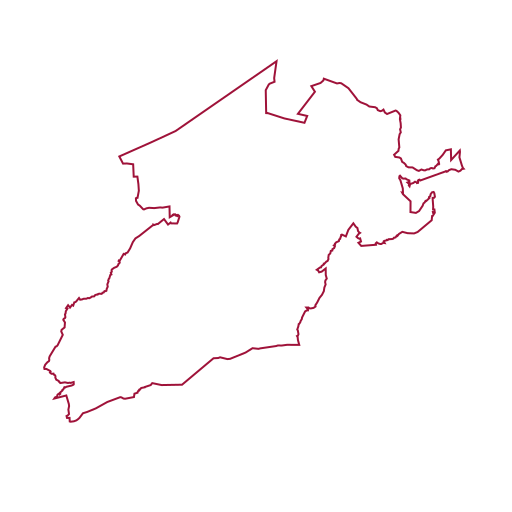 the district of Tula de Allende, Hidalgo, Mexico, rotated 280°
{"feature_id": "50627088B26454050476732", "entity_name": "Tula de Allende", "entity_type": "district", "adm_level": 2, "iso_a3": "MEX", "parent_name": "Mexico", "parent_adm1": "Hidalgo", "projection": "orthographic", "projection_center": [-99.373, 20.05], "detail": "fine", "context": "isolated", "style": "outline", "palette": "rose", "viewbox_px": 512, "rotation_deg": 280, "n_neighbors": 0, "source": "geoboundaries", "source_scale": "gbopen_adm2", "svg_char_len": 6028}
<svg xmlns="http://www.w3.org/2000/svg" viewBox="0 0 512 512"><g transform="rotate(280 256 256)"><path d="M107.4,169.3L107.7,169.3L110.6,174.7L112.8,175.9L112.5,185.4L116.4,205.5L147.9,231.9L149.0,236.6L150.0,238.2L149.5,245.7L150.2,248.3L159.1,262.5L164.6,268.6L165.0,274.6L165.8,276.3L170.8,291.4L171.7,293.1L172.3,296.9L173.9,301.9L176.0,314.0L180.5,311.9L183.4,311.1L184.3,310.3L184.9,311.1L186.4,311.4L190.0,310.1L190.7,309.4L194.0,309.9L196.4,309.9L196.6,310.3L198.4,311.1L199.6,311.2L202.0,312.1L203.3,312.0L210.0,314.0L211.3,315.6L211.5,316.6L212.5,316.4L214.0,314.6L214.4,316.6L213.7,318.0L213.9,319.1L214.9,321.7L216.6,323.4L217.8,323.0L220.8,324.3L225.8,325.8L229.2,327.7L233.1,328.9L236.9,328.8L240.0,329.5L242.3,328.6L244.0,328.6L246.0,329.6L249.4,328.0L255.8,326.8L252.0,323.4L250.9,321.0L252.5,319.7L253.0,318.3L255.8,321.0L256.1,322.0L257.5,322.3L259.4,324.2L260.2,324.1L260.3,324.7L262.8,326.3L263.4,327.3L265.6,327.9L266.7,327.5L269.7,327.4L271.4,328.7L274.0,328.8L274.6,330.2L276.0,330.1L277.4,331.6L279.3,332.0L280.0,330.9L280.9,331.9L281.8,331.6L283.5,332.7L285.0,335.0L286.8,335.1L287.5,335.9L289.3,336.0L290.0,336.4L291.5,336.2L292.0,336.9L290.9,341.1L297.8,342.4L305.1,346.2L302.2,349.1L301.2,351.0L298.4,352.1L297.2,353.4L296.8,354.4L295.7,353.3L292.4,351.6L291.3,353.4L291.0,354.8L291.4,355.5L288.5,356.9L286.8,354.6L284.2,357.9L287.9,372.2L289.2,371.7L290.4,372.6L289.6,374.3L289.4,376.2L289.6,377.3L291.1,379.1L291.1,380.4L292.6,379.2L293.1,379.6L294.3,382.3L294.7,382.2L295.1,383.6L295.6,383.8L296.3,387.0L297.0,388.3L298.0,388.7L298.5,390.2L300.6,391.1L301.1,391.7L300.7,392.0L302.6,393.0L305.2,395.9L304.8,401.4L305.7,407.8L307.7,411.0L321.7,422.8L325.9,422.5L326.0,423.0L328.6,424.1L329.0,423.0L330.0,422.6L330.2,424.4L332.8,423.6L332.6,422.3L335.6,421.9L342.7,420.1L343.9,419.9L344.3,421.3L345.4,421.9L348.8,420.7L349.9,419.8L349.3,418.3L347.1,417.2L345.3,417.3L344.2,416.2L343.6,416.2L343.2,416.7L339.6,414.0L339.7,413.4L338.0,412.8L336.9,411.8L334.5,411.4L328.6,408.8L326.2,406.0L326.1,400.5L336.7,398.7L342.4,390.0L343.7,389.0L343.6,389.8L348.1,388.8L355.6,385.1L357.5,383.5L359.5,383.4L360.1,383.9L357.9,386.6L357.8,387.8L358.3,389.9L357.7,390.8L357.0,393.9L355.8,394.2L355.9,393.6L355.3,393.4L354.7,392.4L354.2,393.2L354.7,394.3L354.4,394.5L352.1,394.2L351.3,395.1L353.6,395.3L355.2,398.2L356.8,399.7L356.3,401.7L355.8,401.9L356.2,402.9L357.8,402.8L358.2,402.4L359.1,402.8L359.6,403.8L358.9,404.7L372.2,427.9L372.1,428.7L372.6,428.7L372.5,430.0L374.1,431.2L375.4,433.3L375.5,437.3L374.3,440.7L375.5,442.5L377.4,443.7L378.0,445.3L378.7,444.4L381.0,443.0L388.5,439.2L393.9,438.8L395.3,438.4L384.4,431.5L394.9,429.4L393.0,424.6L388.0,422.3L383.7,419.6L382.5,418.4L381.0,419.4L378.4,420.4L378.0,420.1L378.4,419.2L376.0,417.8L375.5,417.1L373.4,416.5L372.9,415.1L373.2,413.9L372.7,412.5L371.4,411.4L371.0,409.5L369.7,407.7L369.5,406.5L369.9,403.9L368.1,401.6L368.4,399.6L370.4,394.8L369.8,390.8L370.6,388.3L372.0,387.5L373.3,385.6L374.1,383.6L377.2,381.8L377.9,380.1L377.8,375.9L379.7,374.4L384.3,378.0L386.4,377.9L387.8,378.3L395.6,376.2L400.9,376.3L402.9,377.1L405.8,375.9L407.7,376.4L411.9,375.4L415.6,374.0L416.4,373.9L416.4,374.3L417.9,373.8L419.6,373.7L421.8,371.5L423.3,369.2L423.5,368.2L418.6,360.4L419.7,358.0L422.3,356.1L420.9,354.8L420.2,353.3L420.8,350.6L422.5,349.4L423.2,347.5L422.9,341.6L424.3,338.6L425.6,332.2L427.4,328.4L428.2,328.0L437.3,317.9L440.9,310.0L440.9,308.3L440.0,305.8L442.4,292.0L440.6,291.9L437.6,289.5L432.9,281.0L428.0,285.5L403.3,272.6L402.8,282.1L395.6,280.6L396.4,260.1L398.9,241.9L398.6,242.1L398.5,241.2L421.0,236.8L427.1,238.8L428.1,239.6L430.8,244.0L434.4,243.0L451.4,242.4L365.1,155.1L349.8,133.1L330.3,104.1L323.9,109.0L324.7,112.8L325.0,119.1L312.9,121.8L313.6,125.4L306.4,127.7L299.9,129.3L292.7,129.2L292.5,128.2L292.0,127.7L289.4,128.3L286.2,130.9L285.4,132.8L282.5,136.7L282.4,137.6L283.9,139.8L284.9,142.3L285.5,147.5L287.2,153.2L287.4,155.6L289.8,162.2L279.2,164.3L281.8,167.3L282.2,167.0L282.7,167.7L282.3,167.9L282.9,169.3L282.0,169.8L282.6,170.9L282.0,171.2L282.5,171.8L282.0,172.0L282.6,172.6L282.3,173.2L281.4,173.8L275.4,173.0L274.3,172.6L273.4,166.7L274.1,166.1L271.7,163.9L276.4,159.0L270.4,153.8L270.4,153.0L268.9,150.6L269.1,149.4L268.5,149.5L268.0,148.7L255.4,137.5L252.4,134.2L248.3,132.3L241.6,130.7L237.1,128.9L236.0,127.1L234.8,126.9L235.1,125.3L227.7,122.6L227.8,121.7L227.2,121.6L227.0,122.3L226.1,122.9L225.1,122.7L224.2,121.9L222.7,121.7L221.2,120.7L219.7,118.3L217.7,116.4L217.0,116.2L215.5,116.7L214.3,115.9L212.7,116.8L212.0,115.8L208.4,115.4L208.0,115.0L206.1,114.7L205.4,115.2L202.3,114.5L200.0,115.3L197.8,114.7L195.8,114.7L195.3,114.2L195.1,112.9L193.7,112.4L193.2,111.2L192.7,111.2L191.9,110.5L191.7,108.3L191.2,107.1L190.5,106.8L190.3,105.7L189.6,104.4L188.2,103.7L187.5,101.3L186.4,100.4L185.4,99.0L185.5,97.8L184.5,96.4L183.9,93.5L183.1,92.4L182.4,90.4L183.9,89.0L180.0,86.8L179.2,86.1L178.8,85.1L175.4,84.6L175.9,83.3L172.9,81.8L174.9,79.5L171.7,78.0L171.4,79.4L168.6,78.3L166.2,78.4L165.4,78.0L162.6,78.9L161.8,78.7L160.7,77.5L159.7,77.3L157.4,79.4L152.4,79.9L149.6,77.4L147.9,77.3L144.8,79.4L133.6,76.1L132.4,75.3L131.9,74.3L121.3,70.2L119.4,70.0L117.7,70.5L116.4,70.3L115.3,69.1L112.4,67.3L109.5,66.7L108.0,67.3L108.4,69.1L107.0,73.4L106.5,73.8L105.5,73.3L104.9,74.1L104.5,75.3L105.0,77.0L104.1,77.5L103.6,78.9L102.7,79.4L101.4,79.5L99.5,80.8L98.7,83.4L98.0,83.7L97.8,84.4L96.9,85.3L98.4,89.8L98.3,92.8L98.9,94.6L98.8,95.5L100.2,98.3L98.1,98.8L97.6,98.6L96.4,96.9L94.3,92.0L93.3,90.8L93.5,90.1L91.5,89.5L90.5,88.6L90.0,88.8L87.5,86.8L86.3,87.2L85.9,86.9L86.9,86.5L85.3,84.9L84.6,84.5L83.1,84.6L81.8,82.6L80.6,82.1L85.7,93.4L77.7,97.4L75.7,98.0L72.1,97.9L67.9,99.3L66.4,98.4L65.5,97.2L63.7,98.0L64.2,100.5L60.7,101.3L60.6,102.2L61.6,105.4L62.9,107.6L64.3,109.0L65.8,110.2L71.1,112.9L73.1,116.8L78.1,124.7L86.4,134.9L93.4,146.8L93.4,148.0L92.6,150.3L92.7,151.9L95.9,160.3L99.3,160.2L100.8,163.1L101.9,163.1L103.8,164.1L103.5,164.4L106.1,165.9L107.4,169.3Z" fill="none" stroke="#9f1239" stroke-width="2"/></g></svg>